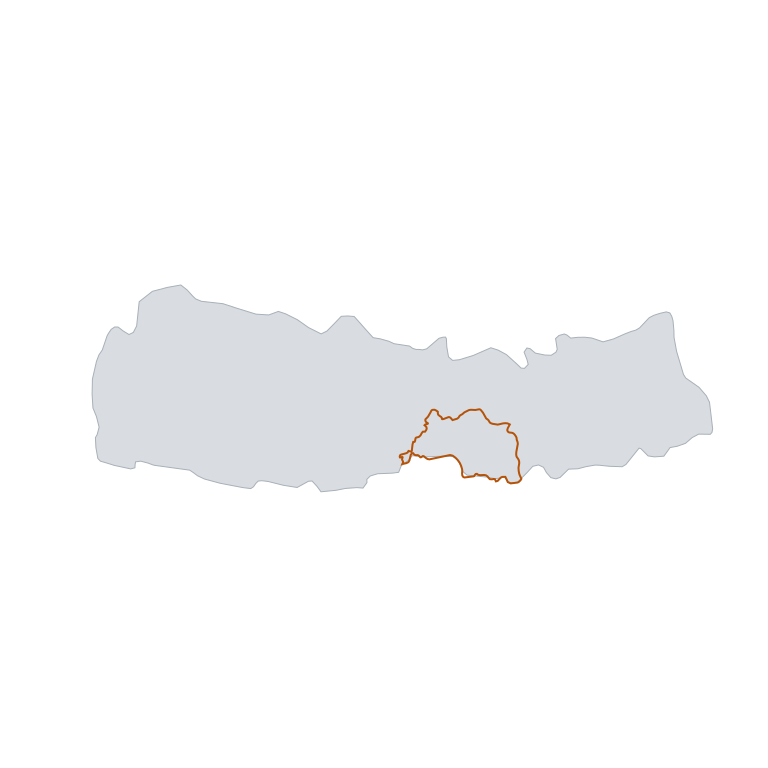 Narayani highlighted on a map of Nepal, rotated 337°
{"feature_id": "NPL-1132", "entity_name": "Narayani", "entity_type": "Administrative Zone", "adm_level": 1, "iso_a3": "NPL", "parent_name": "Nepal", "parent_adm1": "", "projection": "natural_earth1", "projection_center": [84.782, 27.311], "detail": "fine", "context": "in_parent", "style": "outline", "palette": "amber", "viewbox_px": 768, "rotation_deg": 337, "n_neighbors": 0, "source": "natural_earth", "source_scale": "10m", "svg_char_len": 5227}
<svg xmlns="http://www.w3.org/2000/svg" viewBox="0 0 768 768"><g transform="rotate(337 384 384)"><path d="M672.0,427.9L674.9,430.3L675.3,434.2L674.8,438.5L671.8,447.9L669.2,454.4L666.1,468.2L663.4,492.2L664.1,496.4L672.7,510.2L676.1,520.8L676.5,528.0L673.0,540.0L669.0,553.7L667.0,556.7L664.7,557.8L654.1,553.1L646.8,553.7L638.4,556.4L629.7,555.9L622.5,554.3L613.4,559.8L604.6,556.8L599.0,553.4L595.2,543.9L593.7,542.7L575.3,552.6L570.9,553.2L559.5,547.9L550.1,542.7L546.6,541.1L537.6,539.0L529.4,537.8L520.6,534.5L509.6,538.8L505.2,538.5L501.0,535.4L498.9,529.0L498.3,523.0L494.6,518.9L488.8,517.9L480.7,521.6L468.9,526.5L465.0,525.7L461.5,524.3L460.2,523.0L458.6,517.3L456.7,516.1L454.0,515.9L449.1,514.5L443.1,510.3L424.9,500.4L422.6,495.9L422.7,486.2L421.7,482.1L419.4,477.9L410.1,473.5L392.0,466.6L382.0,461.0L377.2,463.6L367.9,466.0L363.0,471.0L357.1,469.4L343.0,464.1L335.4,463.3L330.9,465.1L329.8,468.1L324.0,471.6L318.6,468.8L307.8,465.1L298.3,463.1L283.9,458.6L282.3,451.9L279.9,445.2L276.5,444.0L263.6,445.3L251.8,437.9L239.2,428.4L233.8,425.3L230.3,424.2L227.2,425.4L223.7,427.6L220.5,428.2L213.6,424.2L204.9,418.4L194.2,411.2L181.6,401.3L176.5,395.6L174.1,391.4L171.5,387.4L160.6,380.9L151.9,375.7L141.5,369.5L139.8,368.3L135.9,364.6L129.8,359.9L124.9,358.6L123.3,361.1L122.0,363.8L117.7,363.2L111.0,358.5L103.9,353.5L98.5,348.9L92.8,344.2L91.5,340.7L94.0,329.9L97.4,320.6L100.2,318.5L104.9,312.4L106.6,301.6L106.7,292.4L111.3,279.4L117.5,265.6L128.2,250.8L132.9,245.9L138.0,242.6L147.8,231.6L149.9,229.9L154.2,227.1L158.4,226.3L161.5,227.7L164.7,233.4L168.6,238.8L173.4,238.6L179.0,233.9L190.8,212.6L207.0,208.2L222.2,210.4L235.7,213.5L239.6,220.7L242.2,228.2L243.8,232.0L248.2,236.5L267.2,247.2L278.2,256.8L293.5,269.7L304.9,275.4L315.1,275.9L320.8,280.9L329.4,291.0L336.6,302.6L345.7,313.3L352.0,313.0L360.6,309.5L371.1,305.0L377.2,307.2L382.9,310.2L384.8,315.7L388.3,326.2L392.1,337.1L398.1,340.9L405.1,346.5L409.1,350.9L422.4,359.1L424.3,362.4L427.0,364.7L430.2,366.1L432.9,367.7L437.1,368.3L452.5,363.4L456.7,364.0L459.0,364.9L459.1,366.7L456.3,374.4L454.0,384.2L456.4,389.1L462.9,391.1L477.2,392.6L496.5,392.4L502.3,397.4L508.2,404.8L514.1,417.5L516.4,422.9L519.4,424.5L524.4,422.3L525.2,417.1L525.4,409.4L529.6,406.7L532.3,408.6L535.4,414.7L543.4,420.2L549.2,422.9L554.7,421.9L557.0,419.8L559.7,409.2L564.0,407.7L569.5,408.4L571.6,410.5L573.8,414.7L580.5,416.7L587.1,419.4L593.3,422.9L602.1,430.8L612.9,432.2L625.4,432.0L632.0,432.2L636.9,432.8L641.2,432.2L654.0,426.6L659.3,426.2L665.7,426.8L672.0,427.9Z" fill="#d9dde1" stroke="#a8b0b8" stroke-width="1"/><path d="M473.4,524.9L473.2,525.1L472.0,526.0L469.5,526.9L468.4,526.9L461.8,525.0L459.6,522.6L459.6,519.6L459.4,516.9L456.5,515.7L454.9,515.8L450.8,517.6L449.0,517.4L448.9,516.2L448.9,514.9L447.7,514.2L446.8,514.1L445.9,513.8L444.2,512.9L443.6,511.3L443.2,509.5L442.1,507.8L440.5,506.8L436.9,505.5L435.2,504.4L434.4,503.0L433.3,502.7L432.1,503.2L431.1,504.0L430.3,504.0L421.6,501.5L420.7,500.7L420.3,498.9L420.9,496.9L421.9,494.9L422.6,493.0L423.0,489.5L422.9,486.2L422.2,482.9L421.0,479.8L419.2,476.8L417.1,475.2L396.3,471.1L394.7,470.0L393.3,467.9L392.6,466.3L391.7,465.5L389.5,465.9L388.8,465.6L388.0,463.5L387.3,462.7L385.6,462.0L384.8,461.5L384.2,460.7L383.8,459.1L382.6,458.8L381.1,459.5L377.5,464.3L375.9,465.5L373.6,465.6L370.7,465.0L369.8,464.7L369.7,464.7L369.8,464.6L371.0,463.6L371.2,462.7L371.1,461.7L371.1,460.7L371.7,459.7L372.5,458.7L372.2,458.2L370.7,458.2L370.0,457.9L370.0,457.2L370.4,456.5L371.0,455.9L371.6,455.7L372.4,455.7L377.3,456.4L378.9,456.3L380.4,455.2L382.8,457.1L383.7,456.0L386.7,450.7L388.3,448.7L389.5,449.2L390.4,448.5L391.8,446.3L392.7,445.9L393.4,446.0L394.3,446.2L395.5,446.3L397.5,445.6L399.3,444.1L401.1,443.1L403.2,443.9L405.2,442.6L405.9,441.6L406.2,440.3L405.9,439.3L405.2,437.8L406.3,437.4L408.7,437.7L409.0,437.4L408.9,436.9L408.6,436.6L408.3,436.2L408.0,435.7L407.7,434.8L407.9,433.4L408.4,432.7L411.7,431.3L415.6,428.4L417.1,427.1L417.5,426.9L418.2,426.7L419.0,426.9L419.6,427.1L420.3,427.4L421.0,428.0L421.8,429.0L422.7,430.5L422.5,431.0L422.1,432.1L422.0,432.6L421.9,433.1L422.0,433.7L422.3,434.3L422.8,435.3L423.7,436.6L423.9,437.3L424.0,437.8L423.7,438.5L423.7,438.9L424.0,439.2L425.2,439.5L430.5,439.7L431.3,440.1L431.8,440.7L432.1,441.2L433.0,444.0L437.6,444.5L438.4,444.4L439.6,444.0L441.1,442.9L442.8,442.5L444.3,442.4L446.3,441.7L447.0,441.5L452.0,441.2L453.0,441.4L454.2,441.8L457.9,443.6L461.4,444.4L462.2,444.7L462.6,445.2L463.0,445.9L463.9,449.1L464.5,454.6L464.6,455.6L464.9,456.1L465.2,456.7L465.6,457.2L465.8,457.7L466.0,458.2L466.3,460.2L466.3,460.4L466.6,461.2L467.3,462.1L468.3,463.0L472.8,465.8L476.0,466.4L478.3,466.8L480.4,467.5L482.3,468.5L484.0,470.4L480.7,473.0L479.5,474.5L479.4,475.1L479.4,475.8L479.6,476.6L480.0,477.2L480.6,477.7L482.4,478.7L483.0,479.1L483.4,479.6L483.8,480.0L484.2,480.8L484.6,482.0L485.0,484.0L485.0,485.0L484.9,485.7L484.7,486.1L484.6,486.6L484.4,487.2L484.3,489.5L483.8,491.4L479.2,498.3L478.2,500.4L477.9,501.4L477.7,502.4L477.7,503.1L477.9,503.8L478.0,504.4L478.2,505.2L478.3,506.3L478.2,507.8L477.9,508.8L477.5,509.8L475.1,513.6L474.0,516.7L473.4,519.5L473.3,521.3L473.4,524.9L473.4,524.9Z" fill="none" stroke="#b45309" stroke-width="2"/></g></svg>